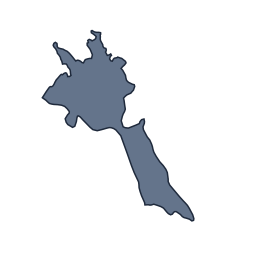 Kuching, Sarawak, Malaysia, rotated 318°
{"feature_id": "92858781B71965080514918", "entity_name": "Kuching", "entity_type": "district", "adm_level": 2, "iso_a3": "MYS", "parent_name": "Malaysia", "parent_adm1": "Sarawak", "projection": "equal_earth", "projection_center": [110.334, 1.429], "detail": "fine", "context": "isolated", "style": "filled", "palette": "slate", "viewbox_px": 256, "rotation_deg": 318, "n_neighbors": 0, "source": "geoboundaries", "source_scale": "gbopen_adm2", "svg_char_len": 3007}
<svg xmlns="http://www.w3.org/2000/svg" viewBox="0 0 256 256"><g transform="rotate(318 128 128)"><path d="M85.6,85.2L86.8,89.0L87.2,90.4L89.6,91.1L93.9,88.7L96.8,86.3L98.4,85.4L99.2,85.7L99.9,87.8L99.9,92.0L100.1,96.5L100.3,102.1L100.8,105.7L103.3,109.4L107.4,111.6L112.1,113.9L114.3,115.1L115.7,116.5L117.0,118.8L117.7,121.4L117.5,128.9L110.6,145.9L105.5,158.1L102.8,165.2L99.8,175.1L98.4,177.2L96.3,179.8L94.5,183.3L92.8,187.3L90.4,194.6L89.1,196.5L91.7,198.6L92.4,199.6L93.6,200.7L94.9,201.3L96.2,201.9L97.0,203.3L98.0,205.0L99.9,208.5L100.8,211.3L100.6,216.3L100.7,218.7L101.6,221.0L103.4,221.7L105.1,221.3L106.6,221.3L107.9,222.4L109.1,227.3L109.1,230.2L109.7,232.1L111.0,234.0L112.7,237.0L113.3,239.8L114.9,240.5L116.1,239.6L116.3,239.4L118.0,235.8L118.8,232.6L119.8,228.6L120.4,225.2L120.4,222.0L120.3,219.1L120.3,213.7L120.8,198.4L122.0,194.7L123.7,192.8L125.2,190.6L126.3,189.0L127.4,187.4L128.5,184.0L129.0,179.6L129.0,174.2L129.9,168.1L131.0,163.3L132.3,160.5L133.7,158.1L134.8,155.6L136.1,151.5L136.3,147.6L136.8,145.5L138.3,139.6L139.9,137.2L143.2,135.5L144.6,134.2L145.9,132.0L143.7,130.9L141.1,131.3L139.4,132.3L135.7,131.1L133.0,130.1L128.2,128.3L126.1,125.9L125.2,123.8L127.8,118.1L131.5,115.6L133.7,114.4L136.5,113.4L138.6,112.2L140.7,109.0L143.3,105.2L144.7,102.8L146.7,102.6L149.1,102.6L151.4,103.3L153.4,104.0L155.4,103.7L157.4,103.5L159.0,102.6L160.8,101.6L161.6,100.0L160.5,98.3L159.7,96.3L158.9,94.3L158.8,91.7L159.8,89.6L161.4,87.1L162.7,81.6L162.7,79.1L165.0,78.8L167.7,78.8L170.1,78.3L170.7,76.7L170.1,73.2L169.9,72.0L169.2,71.0L167.8,68.4L167.0,68.4L165.9,67.8L164.6,67.0L163.4,67.0L161.0,67.8L160.2,66.6L160.5,64.4L162.7,63.0L164.3,63.0L164.7,61.4L163.0,61.1L161.2,60.2L162.1,56.5L163.2,56.2L164.2,55.3L164.8,54.1L163.8,52.5L163.9,50.8L165.0,49.1L166.0,44.9L166.9,43.3L168.6,41.6L169.6,40.2L170.5,40.0L171.4,38.8L170.3,37.4L168.5,35.7L167.3,34.1L166.5,31.5L165.5,31.3L164.5,32.7L165.2,35.5L165.6,38.6L163.9,39.9L162.1,39.9L159.6,39.2L159.4,38.0L158.5,36.2L156.7,36.0L155.7,38.0L154.4,37.6L153.0,39.2L152.8,41.4L152.5,44.2L151.6,46.8L150.5,49.8L147.4,51.9L146.3,50.8L144.8,49.9L143.4,49.2L142.0,48.6L140.3,49.1L138.5,49.8L137.6,48.6L137.4,46.6L136.6,44.7L135.7,43.7L134.0,43.2L134.1,40.9L134.3,37.8L134.4,35.0L134.4,32.9L134.1,30.3L133.0,27.7L132.5,26.0L131.0,23.9L129.7,21.8L129.9,20.1L130.8,19.0L131.8,17.6L131.3,15.7L129.6,15.5L127.8,16.4L127.2,18.0L127.2,20.9L126.5,23.5L125.5,25.3L125.5,27.3L125.1,30.0L124.1,31.9L123.5,34.1L122.1,36.7L123.5,37.6L125.0,39.3L124.7,40.9L124.1,42.6L124.1,44.9L123.7,46.3L122.8,47.7L121.7,49.1L120.8,50.8L119.0,50.6L117.6,49.4L118.0,49.1L119.0,46.1L118.4,45.1L116.8,44.6L115.0,44.6L114.3,43.5L113.0,43.5L111.3,43.7L109.2,44.0L107.0,44.2L104.3,45.1L102.5,45.9L100.4,46.5L99.0,46.3L98.1,45.4L97.1,45.1L95.9,45.3L91.5,46.3L84.6,48.2L85.6,52.5L85.7,54.5L86.0,57.1L87.2,59.0L88.7,60.9L91.3,63.5L93.9,66.6L95.4,69.6L95.7,72.9L95.4,76.5L94.2,77.6L91.9,77.8L87.5,79.1L85.9,82.4L85.6,85.2Z" fill="#64748b" stroke="#1e293b" stroke-width="1.5"/></g></svg>